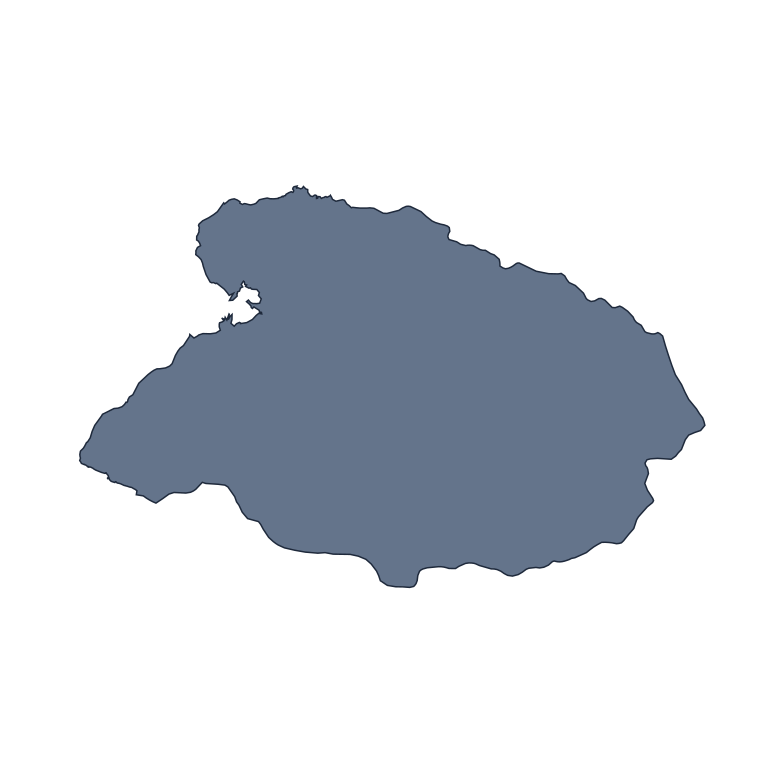 the district of Iablanita, Caras-Severin, Romania, rotated 262°
{"feature_id": "2599482B41356842698791", "entity_name": "Iablanita", "entity_type": "district", "adm_level": 2, "iso_a3": "ROU", "parent_name": "Romania", "parent_adm1": "Caras-Severin", "projection": "robinson", "projection_center": [22.284, 44.936], "detail": "fine", "context": "isolated", "style": "filled", "palette": "slate", "viewbox_px": 768, "rotation_deg": 262, "n_neighbors": 0, "source": "geoboundaries", "source_scale": "gbopen_adm2", "svg_char_len": 6125}
<svg xmlns="http://www.w3.org/2000/svg" viewBox="0 0 768 768"><g transform="rotate(262 384 384)"><path d="M367.8,82.3L367.5,81.3L364.1,78.9L362.2,77.3L359.9,74.2L359.4,73.9L356.6,73.0L354.8,72.9L352.8,73.1L350.5,72.0L348.8,72.9L347.5,73.3L345.8,76.1L346.0,76.3L345.1,77.5L344.4,78.3L343.6,78.8L343.4,79.8L342.8,79.7L342.7,81.4L342.4,82.2L341.4,83.5L341.2,84.0L340.5,84.5L338.9,86.5L335.8,91.9L334.3,95.3L334.4,95.7L334.8,96.1L334.8,96.4L333.7,96.9L331.8,98.1L331.1,98.3L330.5,98.1L329.5,97.6L329.4,97.2L328.9,97.1L328.7,97.3L329.7,98.4L329.2,98.6L327.6,98.8L325.8,100.1L325.2,101.0L323.9,103.8L324.6,104.4L324.6,104.8L323.1,106.0L322.5,107.9L321.7,109.5L319.6,112.7L319.4,113.7L318.9,114.3L318.7,115.1L317.3,117.9L317.0,118.9L316.6,119.9L315.4,121.3L314.3,122.9L312.7,124.5L308.8,123.3L306.7,130.1L304.1,132.8L301.8,135.6L299.7,138.5L297.8,141.6L301.2,148.7L304.9,155.7L305.8,160.9L303.6,172.6L303.7,177.4L304.6,180.3L305.9,182.9L311.9,190.4L310.3,193.7L307.8,205.8L306.0,212.4L303.8,215.1L293.2,220.5L287.8,221.6L284.2,223.5L276.7,225.8L269.7,230.2L265.2,240.6L262.2,242.3L256.8,244.3L248.1,248.5L243.4,252.4L241.2,254.6L239.3,256.8L235.6,262.6L231.8,272.5L228.5,282.6L225.7,294.9L225.2,302.2L222.6,310.0L220.0,326.7L217.1,334.6L212.9,341.7L207.5,346.3L199.8,350.6L194.8,352.1L189.7,353.0L184.1,359.3L181.6,367.3L180.5,374.3L179.0,381.2L179.4,385.2L180.1,386.2L181.8,387.9L184.7,389.5L189.6,390.8L193.6,393.1L194.7,394.8L195.4,396.7L196.0,401.2L195.5,412.6L195.1,415.2L194.4,417.8L193.4,420.3L192.3,422.7L191.3,429.1L193.0,432.7L195.0,439.7L195.0,443.1L194.6,445.7L193.9,448.2L193.2,449.7L191.0,453.2L186.0,464.4L185.5,467.3L184.5,470.2L182.4,473.6L179.6,476.6L177.3,479.8L175.9,484.5L176.6,490.4L178.4,494.8L180.7,499.0L181.4,501.8L181.2,508.9L180.2,512.5L180.3,516.8L181.8,521.7L184.7,526.1L185.0,527.9L184.3,529.7L183.7,531.6L183.4,533.6L183.3,535.6L183.5,538.1L183.9,540.5L184.4,543.0L185.2,545.4L185.4,548.9L188.9,561.0L191.3,565.0L193.5,569.0L195.3,573.2L196.9,577.5L196.5,581.0L195.8,584.5L195.0,587.7L193.5,592.0L193.4,594.5L193.7,597.0L195.4,599.4L200.9,605.2L206.1,611.2L214.4,615.3L217.0,617.4L225.7,627.6L229.2,633.4L231.0,634.7L233.3,634.2L242.1,630.1L249.3,628.4L258.5,633.4L262.8,633.3L264.9,632.8L266.7,631.8L269.4,631.5L272.4,633.9L272.8,637.5L272.3,644.5L269.5,658.0L272.0,662.8L275.0,665.9L277.7,669.4L286.9,674.6L291.0,678.6L292.7,684.8L293.9,691.1L298.4,696.0L302.3,695.6L306.1,694.8L310.8,692.2L315.8,690.0L326.3,683.6L334.0,680.9L341.9,678.6L352.6,673.8L362.5,671.6L372.6,669.7L382.6,668.0L392.7,666.6L395.4,664.3L396.8,662.3L396.3,660.7L396.0,659.1L396.1,657.5L396.4,655.9L398.3,651.2L399.6,649.6L406.3,646.9L409.8,642.6L411.7,641.4L412.9,640.8L415.7,640.0L422.2,635.4L426.7,630.7L428.3,628.3L427.4,623.6L428.0,620.6L436.3,614.4L438.5,611.1L438.7,608.6L437.0,604.2L436.9,600.5L439.1,597.2L440.6,596.1L446.2,594.2L454.9,587.2L458.7,581.4L462.1,579.5L465.9,578.0L468.8,574.9L468.8,571.7L470.3,562.5L474.5,550.4L485.0,534.7L485.2,533.3L484.9,531.8L482.9,528.1L482.1,526.2L481.3,523.4L481.2,520.3L482.4,517.9L484.7,515.2L486.7,515.5L488.7,515.6L491.5,515.4L496.5,511.1L498.3,507.7L502.3,503.0L502.7,500.4L503.7,497.9L508.6,491.5L509.2,489.7L509.6,487.9L509.8,486.1L509.7,484.3L511.7,479.3L514.7,475.8L518.0,468.5L520.7,467.7L521.8,467.9L524.1,468.9L526.0,470.4L529.8,470.4L531.5,468.9L533.2,465.7L534.4,462.3L536.0,458.9L536.7,457.4L538.8,454.2L544.0,449.2L549.6,444.6L556.1,434.8L556.7,432.8L556.8,430.7L555.7,426.8L553.9,423.0L552.5,410.7L553.2,407.0L559.4,398.5L560.4,394.5L560.6,391.3L561.5,385.0L562.3,381.4L563.3,377.6L563.1,376.2L565.4,374.4L567.5,372.2L571.5,370.4L572.3,368.5L571.7,361.8L574.0,358.7L576.1,358.1L578.3,357.2L577.9,356.9L576.8,353.5L577.7,352.6L577.6,351.5L577.1,350.9L577.1,349.7L576.5,347.8L578.4,346.7L578.8,344.8L577.2,344.1L577.1,343.0L580.0,343.4L580.7,342.1L580.6,341.2L580.2,340.8L579.6,339.2L580.5,337.3L584.4,335.2L587.2,335.5L588.0,333.8L590.8,331.7L589.2,330.3L588.9,328.6L590.3,326.1L590.1,324.8L590.6,324.6L592.1,325.5L591.9,322.4L591.2,321.4L589.8,320.7L588.3,321.5L587.4,321.3L586.4,320.4L587.3,318.9L586.7,316.4L585.5,313.4L584.3,312.6L584.3,311.3L583.4,310.0L584.1,309.4L583.3,308.0L582.9,305.2L582.5,305.1L582.7,300.7L583.3,297.1L584.4,294.2L584.2,290.4L583.8,286.2L580.7,282.3L580.2,280.3L579.9,276.9L580.6,274.8L581.7,272.2L582.1,270.7L581.5,268.8L583.2,266.4L584.5,266.8L586.7,264.2L588.2,261.5L588.1,258.7L587.6,256.2L586.0,253.8L584.5,251.2L585.7,250.5L577.8,243.0L575.5,239.0L573.0,233.5L570.9,227.2L568.2,223.2L566.9,222.4L564.3,222.9L563.0,222.3L560.2,221.9L558.8,220.9L557.6,220.3L556.4,219.1L552.7,218.5L551.4,220.0L549.3,221.0L546.5,221.6L545.2,218.3L542.0,216.2L540.5,216.1L538.3,215.6L535.8,218.0L532.7,220.2L529.1,221.1L525.7,221.4L517.1,223.0L509.2,226.0L508.2,227.5L508.2,229.2L506.8,231.4L507.1,232.4L500.2,239.0L495.9,241.7L493.3,243.0L494.8,247.6L491.5,244.9L488.2,242.5L488.0,245.9L491.5,250.8L493.8,250.9L493.9,251.3L495.7,251.8L496.1,253.8L499.0,255.2L499.8,257.6L502.5,256.5L505.4,259.1L504.7,259.9L501.9,260.0L501.2,261.7L499.9,260.5L497.7,263.6L497.8,265.2L496.5,265.9L496.0,267.4L495.3,271.2L491.9,273.3L489.1,272.0L485.4,274.3L481.3,272.1L481.3,269.0L481.7,267.1L481.9,265.3L483.2,263.2L486.0,261.4L484.7,259.3L481.9,261.7L479.8,263.1L478.2,263.2L477.1,264.2L478.4,265.9L474.4,270.6L472.6,270.8L472.0,272.6L470.4,272.7L471.4,269.8L469.7,267.0L466.2,262.7L463.9,256.6L463.8,250.4L464.3,250.5L465.1,249.4L464.2,246.3L462.1,243.7L465.4,240.9L468.9,242.4L474.0,243.2L472.6,241.3L469.4,238.7L474.6,240.5L474.9,240.3L469.2,237.3L472.2,236.0L470.1,235.2L471.9,232.5L468.9,234.3L468.1,232.8L467.5,229.7L466.3,229.2L463.5,228.8L460.0,229.4L457.9,224.6L457.9,218.9L459.1,211.7L458.3,207.3L457.5,206.1L456.0,202.2L460.1,198.6L458.3,198.1L450.0,190.8L447.9,187.1L445.3,184.5L441.3,181.4L433.6,177.0L431.6,174.3L430.3,169.9L430.3,164.0L430.6,161.2L429.6,158.0L428.1,155.0L426.2,151.7L418.9,141.3L408.3,133.8L406.6,130.1L404.2,128.3L402.6,127.8L401.5,126.8L401.9,126.0L399.9,124.2L398.0,121.5L397.1,117.3L397.3,113.2L393.2,101.0L391.7,99.9L383.3,91.8L377.7,88.4L371.6,85.6L367.8,82.3Z" fill="#64748b" stroke="#1e293b" stroke-width="1.5"/></g></svg>